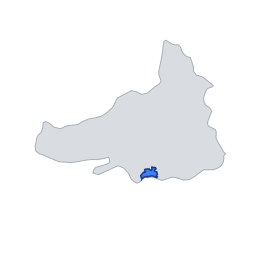 location of Gaspar Hernández, Espaillat, Dominican Republic, rotated 160°
{"feature_id": "3306468B76468188202077", "entity_name": "Gaspar Hernández", "entity_type": "district", "adm_level": 2, "iso_a3": "DOM", "parent_name": "Dominican Republic", "parent_adm1": "Espaillat", "projection": "natural_earth1", "projection_center": [-70.259, 19.604], "detail": "fine", "context": "in_parent", "style": "filled", "palette": "blue", "viewbox_px": 256, "rotation_deg": 160, "n_neighbors": 0, "source": "geoboundaries", "source_scale": "gbopen_adm2", "svg_char_len": 3809}
<svg xmlns="http://www.w3.org/2000/svg" viewBox="0 0 256 256"><g transform="rotate(160 128 128)"><path d="M45.3,172.9L45.6,162.8L47.0,158.8L45.7,154.5L40.0,149.9L36.5,144.0L33.4,138.8L34.1,138.0L40.3,137.8L42.5,135.9L46.7,130.6L47.6,126.3L47.2,123.0L44.5,119.2L43.5,115.1L46.8,111.5L51.2,106.3L51.8,104.3L51.8,102.3L46.6,96.8L46.3,94.5L48.7,88.5L48.5,84.6L46.1,72.3L45.0,70.4L47.3,69.4L48.8,65.7L50.8,62.5L53.5,60.7L56.5,59.6L62.4,59.7L70.7,62.6L73.0,62.5L81.0,59.9L87.6,58.5L93.8,60.1L96.3,62.3L101.4,65.9L103.9,66.9L112.0,66.9L114.2,67.2L121.0,73.0L126.8,75.3L130.1,75.5L136.0,73.2L139.0,73.3L142.4,78.3L143.0,85.4L145.9,91.9L150.2,96.0L171.6,94.3L176.4,97.7L174.7,100.5L171.7,102.0L161.5,101.3L157.1,101.7L156.2,104.5L156.2,107.1L162.1,107.7L168.0,109.0L173.9,111.1L180.0,112.5L186.8,113.5L193.5,115.0L204.7,120.1L217.1,131.7L220.4,134.3L222.6,138.0L221.5,142.5L217.1,149.8L214.6,152.2L211.0,153.6L208.5,156.6L206.1,161.7L204.6,162.2L202.9,162.0L199.9,159.0L197.8,154.6L191.8,150.4L184.7,150.9L174.3,148.5L167.9,149.7L161.6,149.9L155.1,148.7L148.6,148.2L142.1,149.8L135.8,152.5L133.5,154.2L129.5,158.4L127.3,159.9L112.0,162.0L107.6,159.0L103.5,154.8L97.6,154.2L89.0,157.4L83.7,158.6L81.5,160.0L80.8,161.6L80.8,167.5L79.6,171.0L71.2,184.5L66.5,193.9L64.6,196.9L62.3,197.5L58.2,192.1L55.6,190.1L52.4,189.1L51.0,186.2L51.1,182.1L50.2,178.1L48.2,174.9L45.3,172.9Z" fill="#d9dde1" stroke="#a8b0b8" stroke-width="1"/><path d="M126.7,83.0L126.7,81.6L126.7,81.4L126.6,81.1L126.6,80.9L126.6,80.7L126.8,80.7L127.3,81.0L127.6,81.0L127.8,81.0L128.2,80.7L128.3,80.7L128.3,80.8L128.5,81.0L128.6,80.9L128.8,80.8L128.9,80.7L129.1,80.7L129.6,80.7L129.8,80.6L130.2,80.3L130.4,80.0L130.7,79.7L131.3,79.4L131.6,79.3L131.8,79.2L132.1,79.1L132.3,79.0L132.4,78.8L132.4,78.4L132.5,78.0L132.5,77.6L132.5,77.3L132.4,77.2L132.3,76.9L132.5,76.7L132.6,76.4L132.5,76.1L132.4,76.0L132.3,75.9L132.1,75.8L132.2,75.6L131.9,75.8L131.7,75.9L131.4,75.9L131.2,76.0L130.8,76.1L130.7,76.1L130.3,76.2L130.2,76.2L130.0,76.3L129.8,76.3L129.7,76.3L129.4,76.3L129.2,76.4L128.9,76.4L128.7,76.4L128.4,76.3L128.1,76.3L127.9,76.4L127.7,76.3L127.6,76.2L127.4,76.0L127.3,75.9L127.3,76.0L127.1,76.0L127.0,75.9L126.9,75.9L126.7,75.9L126.4,75.8L126.4,75.7L126.0,75.6L125.9,75.6L125.6,75.5L125.4,75.4L125.2,75.3L125.2,75.2L124.9,75.2L124.7,75.2L124.4,75.1L124.1,75.1L123.8,75.2L123.7,75.2L123.4,75.1L122.9,75.1L122.7,75.1L122.4,74.9L122.1,74.9L121.9,74.8L121.9,74.7L121.7,74.7L121.4,74.6L121.2,74.4L120.9,74.3L120.9,74.2L120.7,74.1L120.5,73.9L120.4,73.8L120.3,73.7L120.2,73.6L120.1,73.4L119.9,73.3L119.8,73.2L119.7,73.1L119.5,72.9L119.4,72.9L119.3,72.7L119.2,72.6L118.9,72.3L118.7,72.3L118.7,72.2L118.4,72.0L118.4,71.9L118.2,71.8L118.2,71.7L117.8,71.6L117.6,71.7L117.5,71.8L117.4,72.0L117.3,72.3L117.2,72.3L117.3,72.5L117.5,72.5L117.7,73.0L117.8,73.3L117.8,73.5L117.7,73.7L117.6,73.8L117.4,73.9L116.9,73.9L116.7,74.0L116.3,74.5L116.2,74.5L116.1,75.1L116.0,75.4L116.0,76.8L116.0,77.0L116.4,77.3L116.5,77.3L116.9,77.4L117.2,77.5L117.3,77.7L117.7,78.1L117.9,78.5L117.8,78.8L117.6,79.0L117.4,79.2L117.4,79.3L117.3,79.7L117.3,79.8L117.2,79.8L117.0,79.6L116.9,79.6L116.7,79.6L116.2,79.7L115.9,79.8L115.9,80.0L115.7,80.1L115.7,80.3L115.6,80.7L115.7,80.9L115.8,81.3L116.0,81.5L116.3,81.8L116.6,81.9L116.7,82.0L116.8,82.0L117.3,82.0L117.5,82.1L117.8,82.3L118.0,82.4L118.2,82.5L118.4,82.6L118.5,82.6L118.6,83.0L118.8,83.2L119.1,83.1L119.2,82.7L119.3,82.5L119.3,81.8L119.5,81.4L119.5,81.2L119.9,80.9L120.2,80.8L120.3,80.7L120.3,80.4L120.6,80.3L120.9,80.3L121.0,80.3L121.3,80.5L121.6,80.8L121.8,81.2L121.8,81.5L121.9,82.0L122.0,82.2L122.1,82.3L122.3,82.4L122.8,82.4L123.0,82.4L123.1,82.5L123.4,82.8L123.6,82.9L123.8,82.9L124.3,82.9L124.5,83.0L125.1,83.1L125.4,83.2L125.7,83.3L126.0,83.4L126.4,83.2L126.7,83.0Z" fill="#3b82f6" stroke="#1e3a8a" stroke-width="1.5"/></g></svg>